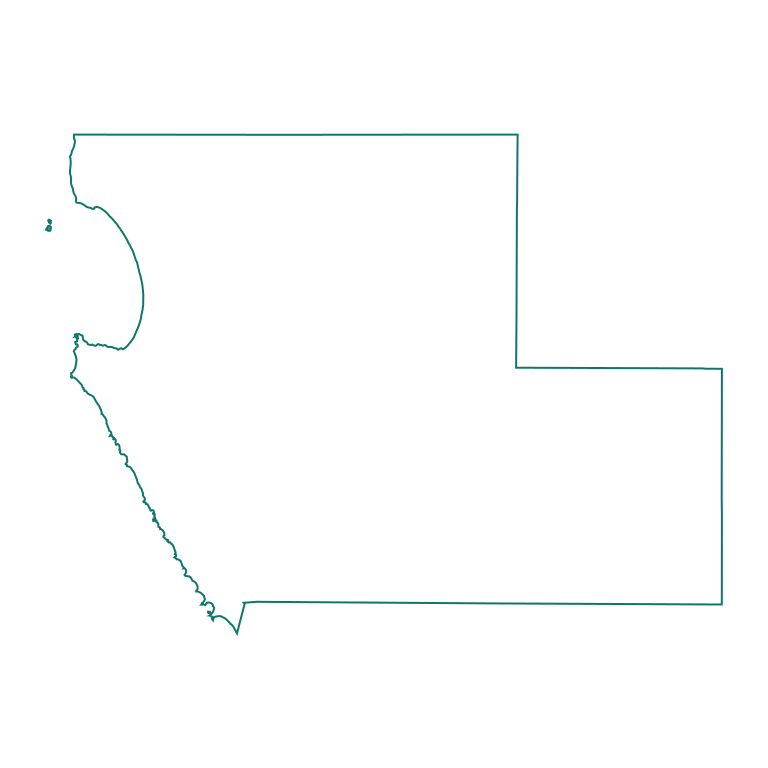 the district of Robe, South Australia, Australia
{"feature_id": "25037944B13028513234480", "entity_name": "Robe", "entity_type": "district", "adm_level": 2, "iso_a3": "AUS", "parent_name": "Australia", "parent_adm1": "South Australia", "projection": "orthographic", "projection_center": [139.804, -37.186], "detail": "fine", "context": "isolated", "style": "outline", "palette": "teal", "viewbox_px": 768, "rotation_deg": 0, "n_neighbors": 0, "source": "geoboundaries", "source_scale": "gbopen_adm2", "svg_char_len": 5939}
<svg xmlns="http://www.w3.org/2000/svg" viewBox="0 0 768 768"><path d="M74.0,134.6L73.9,135.7L73.9,137.7L74.3,139.4L74.9,140.5L74.9,142.0L74.1,146.4L72.9,149.4L71.9,151.0L71.7,152.7L70.9,155.2L69.9,156.4L70.6,159.2L70.7,164.0L70.0,170.7L70.1,173.7L70.9,176.9L71.1,183.6L71.7,185.9L72.7,188.2L73.7,193.1L75.5,196.2L76.1,197.9L76.2,199.7L75.8,201.1L76.0,201.8L76.8,202.7L80.7,203.2L84.1,204.9L86.3,206.7L88.1,207.4L90.7,207.9L92.4,208.9L93.4,208.9L94.3,208.4L94.6,207.6L94.9,207.3L96.7,207.0L98.4,207.2L101.0,208.4L105.0,211.3L107.7,213.8L109.6,216.3L112.4,218.9L114.6,221.6L117.0,224.2L118.7,227.0L119.8,228.1L121.2,230.6L122.3,231.9L127.3,240.3L128.3,242.7L129.2,244.0L132.8,251.1L135.9,260.2L137.1,262.5L138.1,267.2L139.0,270.5L139.1,271.5L140.6,276.5L142.4,285.2L143.3,294.3L143.2,304.6L142.5,310.0L141.4,315.0L140.8,319.1L138.7,325.9L133.7,337.6L131.0,341.5L127.2,346.1L125.0,348.0L123.1,349.2L122.8,349.3L121.3,348.2L119.5,348.8L118.3,349.7L117.7,349.6L116.5,348.4L114.3,348.1L111.8,347.0L107.8,346.9L105.0,345.0L102.7,345.7L101.2,344.9L100.1,345.0L98.6,344.1L97.6,344.3L96.4,345.4L95.2,345.8L93.2,345.2L92.3,344.5L91.1,345.0L88.4,344.5L87.8,344.2L87.2,342.7L85.4,341.3L84.9,341.4L83.3,339.9L83.1,339.3L83.1,338.0L82.7,337.4L82.5,335.7L82.1,335.3L81.0,335.1L79.1,334.0L78.5,334.1L77.6,334.8L77.4,334.8L76.7,334.0L74.9,334.5L74.9,334.8L75.7,335.4L75.0,336.3L76.4,335.8L77.6,335.9L77.6,336.3L76.4,337.0L76.2,337.6L76.4,337.9L77.0,337.6L77.8,337.7L78.1,338.3L77.6,338.9L77.4,339.6L77.0,340.0L77.2,340.5L77.1,341.4L75.3,341.9L75.2,342.5L75.8,344.2L76.3,344.5L77.2,344.4L77.5,344.7L77.7,345.5L77.7,346.6L76.0,347.9L75.6,348.9L74.2,350.4L73.9,351.1L73.9,351.5L74.8,353.4L74.9,354.6L75.6,355.4L76.4,359.0L76.5,360.4L75.7,365.9L74.9,368.6L73.0,371.9L72.1,372.7L71.2,373.1L71.2,374.7L71.8,375.4L71.8,375.8L71.7,376.2L71.1,376.6L71.0,377.2L71.8,377.8L72.9,377.4L74.2,377.6L76.9,379.6L81.8,385.1L82.3,386.0L82.5,387.4L83.7,388.2L83.4,389.2L84.5,390.0L84.6,391.0L86.2,391.3L87.4,393.1L88.3,393.9L92.3,395.9L93.7,397.1L96.4,402.1L97.1,402.8L97.9,404.4L99.0,405.7L101.2,410.6L101.7,412.8L101.5,413.8L101.9,413.8L102.8,414.5L103.8,416.2L105.1,417.5L106.4,420.4L106.6,421.0L106.4,423.2L107.2,424.7L107.8,426.9L108.6,428.3L109.1,430.7L110.5,431.5L111.2,432.6L111.5,434.2L110.4,435.1L110.0,435.8L110.8,435.6L112.0,435.9L112.7,437.2L114.1,437.8L114.1,438.3L113.4,438.9L113.3,439.3L113.6,439.4L113.9,438.9L114.6,438.7L115.4,439.3L115.7,439.9L115.8,441.0L115.3,442.3L115.6,442.9L115.8,444.3L116.2,444.8L116.6,444.8L117.7,444.1L118.0,444.1L118.9,444.9L119.3,445.7L119.7,448.5L119.3,449.8L120.3,450.3L120.3,450.8L120.0,452.1L120.1,452.7L120.9,453.9L121.6,454.3L124.0,454.3L126.7,456.6L127.3,461.5L127.0,462.3L125.6,463.8L125.6,464.2L126.9,465.0L126.8,466.0L127.0,466.3L128.4,466.4L130.1,467.1L131.2,468.3L132.1,469.9L134.1,472.5L136.6,478.7L137.4,481.4L137.6,482.8L139.0,484.7L140.2,487.3L141.7,489.4L142.2,491.5L143.0,493.2L143.0,495.7L144.6,497.8L144.9,499.5L144.4,500.6L143.6,501.1L143.4,501.9L143.9,502.3L145.0,502.2L145.8,502.9L145.8,503.7L146.0,504.0L146.5,503.9L146.6,504.2L147.3,504.2L147.6,504.5L148.6,506.1L148.9,507.2L149.5,507.6L149.5,508.4L150.3,509.4L150.4,510.3L151.0,510.7L151.8,510.2L152.4,510.1L153.1,510.3L153.7,510.9L154.0,512.7L153.7,513.3L153.0,513.4L153.0,513.7L153.2,513.9L153.7,513.7L154.2,514.1L154.7,514.2L154.7,514.7L154.4,515.2L154.7,515.8L154.5,516.0L154.5,516.8L154.2,517.2L154.4,517.7L155.1,518.0L155.4,519.1L155.2,519.3L153.3,519.3L153.4,519.7L153.1,519.9L153.3,520.3L153.3,521.0L153.7,521.2L154.1,520.8L154.0,519.9L154.3,519.7L154.7,519.7L155.5,520.7L156.1,520.4L156.4,520.5L156.5,520.9L156.1,521.2L156.4,522.1L157.4,522.4L157.7,523.3L158.2,523.5L158.5,526.9L159.7,527.3L160.2,528.4L160.0,528.8L160.1,529.2L161.1,529.1L162.7,530.3L164.0,532.4L164.3,533.4L164.4,535.2L163.4,536.1L163.4,536.8L163.8,537.5L164.9,538.1L166.3,539.6L167.8,539.9L167.4,540.9L168.3,541.1L168.3,542.2L169.1,542.6L170.2,542.3L171.3,543.9L172.2,544.3L172.9,545.5L173.6,546.7L174.1,548.5L175.6,552.4L174.9,554.1L175.8,554.3L176.2,555.3L176.0,556.1L175.4,556.3L174.3,557.5L175.5,557.9L176.7,559.4L178.4,559.4L180.6,561.0L181.9,564.2L182.2,565.8L183.7,567.4L183.8,567.9L183.5,568.4L184.7,568.3L185.7,569.5L186.1,570.7L185.9,572.8L185.4,573.7L184.6,574.7L184.7,575.3L185.3,575.8L189.2,576.4L190.8,577.6L192.4,580.6L194.8,582.0L195.8,582.9L197.3,585.5L197.6,587.5L197.5,589.2L197.1,589.9L196.1,591.0L196.2,591.5L197.0,591.2L200.8,592.8L204.0,595.8L204.3,597.8L204.8,598.4L204.8,599.8L203.7,601.7L202.7,602.7L202.2,602.8L202.1,603.1L201.8,603.3L201.6,604.4L201.3,604.7L202.1,604.7L202.7,603.8L203.0,603.6L203.1,604.1L205.0,605.2L205.8,604.6L206.0,603.8L206.8,603.3L206.9,602.7L208.5,602.5L210.9,603.0L212.0,603.8L212.7,604.7L213.1,605.5L212.9,606.1L213.4,606.4L214.0,607.8L213.7,609.6L213.3,611.1L212.3,612.9L211.6,613.4L210.9,613.4L210.1,612.7L209.8,611.8L208.0,611.7L208.0,611.9L208.1,612.3L208.9,612.4L208.5,612.7L208.5,612.9L209.1,612.8L209.6,613.3L210.0,613.2L210.8,613.8L210.8,615.2L209.9,615.6L210.8,615.7L211.3,616.4L212.2,616.7L212.5,618.1L212.4,618.4L211.9,618.6L212.1,619.3L212.6,619.1L213.0,619.9L213.2,618.9L213.6,618.5L213.7,617.6L214.1,617.2L216.1,616.5L218.3,616.1L219.9,616.1L221.4,616.5L224.7,618.2L226.7,619.7L229.8,622.9L230.1,623.6L231.7,624.7L233.3,626.5L237.0,633.4L244.6,603.9L243.7,602.8L256.5,601.8L491.3,603.4L721.7,604.5L721.8,602.0L721.9,515.1L721.7,498.8L721.9,368.8L705.3,368.7L702.6,368.4L516.1,367.7L516.5,316.4L516.9,206.8L517.1,203.1L517.3,170.6L517.6,134.6L282.3,134.8L74.0,134.6ZM46.1,229.7L47.4,230.0L48.1,230.8L50.0,230.8L50.4,230.3L50.7,229.4L50.1,228.6L50.4,228.1L50.9,228.0L50.8,226.9L49.8,226.0L49.1,226.2L48.3,225.9L47.7,226.8L48.0,226.8L48.1,227.1L46.9,228.3L47.5,228.8L46.3,229.1L46.1,229.7ZM49.4,222.6L49.5,223.0L50.2,223.7L50.6,223.3L50.6,222.8L50.9,222.4L50.3,221.8L50.2,221.3L50.8,220.6L49.1,219.7L48.2,220.4L48.3,220.9L49.1,221.2L48.9,222.3L49.4,222.6Z" fill="none" stroke="#0f766e" stroke-width="2"/></svg>